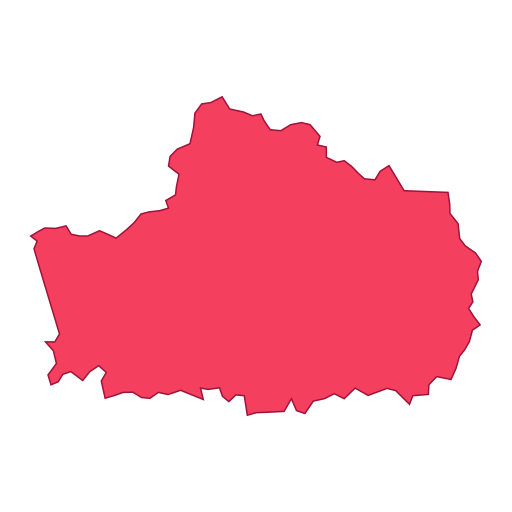 Lagoa de São Francisco, Piauí, Brazil
{"feature_id": "56859067B87482275169203", "entity_name": "Lagoa de São Francisco", "entity_type": "district", "adm_level": 2, "iso_a3": "BRA", "parent_name": "Brazil", "parent_adm1": "Piauí", "projection": "albers", "projection_center": [-41.587, -4.356], "detail": "fine", "context": "isolated", "style": "filled", "palette": "rose", "viewbox_px": 512, "rotation_deg": 0, "n_neighbors": 0, "source": "geoboundaries", "source_scale": "gbopen_adm2", "svg_char_len": 1666}
<svg xmlns="http://www.w3.org/2000/svg" viewBox="0 0 512 512"><path d="M320.0,136.4L310.0,124.6L301.4,122.6L290.6,124.7L280.9,130.7L270.2,129.7L264.2,120.9L260.9,114.0L252.5,115.8L243.5,112.0L229.7,109.0L222.1,96.8L210.7,102.6L201.7,103.9L194.9,113.2L193.6,127.5L190.0,143.7L177.3,149.1L170.1,156.4L168.5,166.1L179.0,174.2L176.4,186.9L175.5,194.9L165.8,200.5L168.5,208.1L159.6,210.7L149.0,211.9L141.0,214.0L134.2,222.6L126.5,229.7L116.1,238.1L107.1,234.0L99.5,230.7L87.7,236.0L79.8,236.0L71.2,234.3L66.1,225.9L55.7,228.4L44.7,228.0L37.8,231.8L30.7,236.1L37.1,241.1L34.0,248.8L39.1,266.2L59.5,334.0L54.8,341.9L45.5,341.9L53.4,350.8L56.4,363.5L48.0,374.9L51.0,384.8L58.2,381.8L62.8,374.3L70.9,371.6L82.7,380.5L89.8,371.6L98.7,365.7L106.3,372.4L101.3,380.9L105.1,398.2L114.8,395.4L123.2,392.4L132.9,392.2L141.5,397.5L149.9,398.3L158.3,392.4L168.0,394.5L180.6,390.3L203.3,399.5L200.5,388.1L208.1,389.4L219.5,387.8L222.4,396.2L228.9,401.6L235.9,394.9L244.3,395.7L247.3,415.2L256.2,412.7L268.2,412.2L284.1,411.4L291.4,398.7L296.5,410.6L304.9,413.5L313.3,401.1L324.3,398.7L334.3,393.7L344.2,398.7L355.1,388.1L368.1,395.4L387.1,388.4L395.7,390.6L409.5,404.3L412.8,395.7L428.4,394.4L428.9,384.7L436.7,376.6L451.0,379.5L456.1,368.2L459.4,356.4L464.5,350.0L469.4,341.6L472.4,330.2L480.1,324.9L473.7,316.5L468.6,308.4L472.9,301.8L471.2,294.1L478.3,279.7L477.5,271.3L481.3,261.4L475.5,253.0L465.3,245.9L459.7,238.6L458.1,223.7L450.0,213.5L449.7,203.8L448.0,192.4L404.1,190.7L389.0,165.6L380.1,171.3L375.0,179.8L364.4,178.8L358.4,173.4L351.3,166.1L344.2,160.7L336.8,162.3L326.4,157.4L326.3,147.0L317.4,145.0L320.0,136.4Z" fill="#f43f5e" stroke="#9f1239" stroke-width="1.5"/></svg>